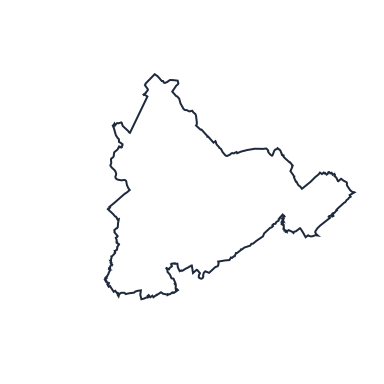 outline of Kota Tangerang, Banten, Indonesia, rotated 320°
{"feature_id": "22746128B7613374511026", "entity_name": "Kota Tangerang", "entity_type": "district", "adm_level": 2, "iso_a3": "IDN", "parent_name": "Indonesia", "parent_adm1": "Banten", "projection": "robinson", "projection_center": [106.652, -6.177], "detail": "fine", "context": "isolated", "style": "outline", "palette": "slate", "viewbox_px": 384, "rotation_deg": 320, "n_neighbors": 0, "source": "geoboundaries", "source_scale": "gbopen_adm2", "svg_char_len": 6028}
<svg xmlns="http://www.w3.org/2000/svg" viewBox="0 0 384 384"><g transform="rotate(320 192 192)"><path d="M239.1,77.8L226.1,79.1L225.8,79.5L224.6,79.9L224.2,85.0L223.3,85.7L220.8,86.1L220.6,86.4L217.5,86.2L217.5,86.8L218.3,87.1L219.2,90.2L182.5,106.8L182.2,106.3L182.3,104.2L181.4,96.8L182.6,93.9L182.5,93.2L180.0,92.2L178.7,91.0L176.0,91.5L176.4,90.8L176.1,90.7L176.4,89.8L175.2,90.3L174.0,90.2L173.2,92.9L170.2,99.5L169.8,102.6L169.9,104.6L168.3,106.7L169.2,109.3L169.1,109.9L169.5,110.7L169.3,111.0L168.4,111.8L167.5,111.9L167.2,112.3L166.9,111.9L166.5,112.2L166.3,111.7L165.6,111.6L165.4,110.3L162.2,111.6L157.9,111.6L154.7,114.5L153.5,114.7L151.9,114.5L151.0,114.8L148.7,118.0L146.5,119.2L146.2,121.4L146.7,125.5L146.5,127.3L145.6,129.3L144.7,130.2L143.1,131.0L142.4,132.4L142.6,133.8L143.3,135.1L145.5,137.8L147.6,139.0L148.5,140.1L148.6,141.3L146.6,144.9L146.2,146.3L145.7,148.0L145.6,150.4L142.2,150.5L141.5,150.4L139.8,150.3L139.6,150.1L126.4,150.4L119.2,150.3L119.2,151.2L117.8,151.4L117.2,150.8L116.5,151.0L117.4,158.1L117.4,161.4L117.9,162.1L117.9,162.6L117.7,163.0L117.8,165.0L117.3,164.9L117.2,165.7L118.3,165.9L114.9,168.7L112.7,171.1L111.4,171.6L110.8,171.2L107.9,171.3L107.4,172.5L106.8,172.8L106.7,173.6L106.7,178.0L105.8,178.3L104.2,178.1L103.4,180.5L102.2,181.6L102.4,182.3L101.7,182.5L101.9,183.7L102.5,184.8L102.4,185.3L99.4,186.0L99.0,186.8L98.5,186.9L97.5,188.0L96.2,187.7L95.5,187.9L94.9,187.5L94.4,188.8L93.6,188.9L93.5,189.4L89.5,189.8L88.8,189.5L88.1,190.7L86.9,191.3L86.0,192.4L85.6,192.7L85.2,192.3L84.9,194.2L84.1,194.1L84.2,196.4L83.7,196.6L83.6,196.0L82.7,195.9L81.3,196.6L80.2,197.9L79.7,197.7L79.7,197.0L79.4,197.0L78.8,197.6L79.3,199.1L78.8,198.9L78.3,199.6L76.5,200.2L75.3,201.1L73.1,201.7L72.8,202.1L71.7,202.4L71.2,203.2L70.8,203.2L70.7,202.0L70.3,202.1L69.6,202.7L69.3,204.1L68.8,203.7L68.7,204.5L69.1,205.1L68.5,205.6L68.5,206.1L69.2,207.0L68.7,207.6L69.7,208.4L69.1,208.8L68.9,208.4L67.8,208.4L67.5,209.7L67.3,211.1L68.7,211.3L67.9,218.1L69.7,218.3L69.5,221.1L70.3,221.5L70.4,222.1L69.7,222.9L68.9,223.1L68.7,224.7L70.1,223.7L72.3,223.5L73.3,223.9L75.5,225.9L75.6,227.6L78.1,228.8L83.0,231.9L84.6,231.8L87.1,232.9L89.6,234.5L86.4,237.4L84.3,241.6L86.7,242.8L90.5,243.8L90.4,244.4L91.4,244.5L91.5,243.1L92.5,243.1L92.4,245.8L95.0,246.0L94.8,247.8L98.4,248.0L98.7,248.0L98.7,248.3L103.8,248.9L104.4,251.3L106.9,254.4L107.4,254.5L107.0,255.2L108.8,255.6L109.4,256.1L112.4,256.3L112.5,257.1L113.5,257.2L113.6,257.7L118.1,258.1L118.0,256.6L116.8,256.5L117.7,255.0L119.5,253.3L119.7,251.6L120.3,252.0L120.6,251.5L122.1,246.4L120.8,244.9L122.0,241.1L121.9,237.4L123.1,236.0L123.3,233.9L123.7,233.9L124.0,235.3L124.9,236.4L125.5,235.9L128.6,236.0L128.9,235.4L129.1,235.5L129.6,233.8L130.3,233.8L132.8,235.4L132.5,235.8L134.7,237.5L132.7,240.7L131.7,244.8L133.5,245.3L133.6,245.9L134.2,246.2L138.0,246.7L141.1,247.5L141.9,247.4L143.8,248.2L144.1,247.9L144.6,248.2L140.7,254.7L145.5,254.6L145.9,255.2L145.9,259.3L143.7,260.2L142.3,261.8L142.6,263.1L143.2,264.2L143.8,264.6L144.9,264.7L146.3,264.1L146.8,263.1L149.1,261.5L151.2,261.3L153.1,264.9L161.7,264.5L163.9,265.4L165.4,264.8L165.7,264.2L166.7,263.6L167.3,262.1L173.7,265.9L176.9,268.2L179.8,267.2L180.3,268.2L182.6,268.1L183.4,268.7L186.5,267.0L187.2,267.7L192.7,267.9L192.8,267.6L193.5,268.1L196.4,268.2L202.1,270.5L204.2,269.9L205.6,270.8L209.8,270.8L217.9,271.6L220.6,270.1L228.9,269.7L230.3,270.3L232.1,270.2L232.2,269.1L234.0,269.0L235.5,270.0L237.3,269.2L240.0,269.6L241.0,268.5L241.8,268.8L242.3,268.2L246.9,267.6L246.7,268.8L247.1,269.0L247.9,268.7L247.2,269.3L247.1,270.2L245.9,269.9L245.5,270.9L244.0,270.2L244.1,270.9L244.6,271.5L244.4,271.7L243.7,271.6L243.3,273.2L243.1,272.7L242.7,272.8L242.2,273.5L242.3,272.2L241.1,272.7L240.8,273.6L240.0,274.1L240.2,275.0L240.7,275.0L240.9,275.4L241.0,275.6L240.7,275.7L240.9,276.5L240.2,277.1L239.9,277.9L238.4,278.9L238.8,279.4L238.1,280.7L238.5,280.8L239.1,281.8L238.4,281.9L238.1,282.7L238.7,283.0L238.9,283.7L239.4,283.2L241.6,283.4L243.2,287.0L243.4,288.6L244.6,288.1L246.5,288.9L251.4,289.1L251.6,289.4L251.1,293.7L250.0,299.7L253.1,299.8L253.4,300.9L254.6,302.5L256.1,303.5L258.8,304.4L260.4,306.2L260.1,304.3L260.5,302.0L261.3,301.4L264.7,300.4L268.5,300.1L281.1,300.5L280.8,298.8L281.6,298.6L283.1,299.2L283.8,301.0L284.9,301.3L285.2,300.8L285.1,299.0L285.7,298.8L286.4,298.9L286.4,299.4L288.6,299.4L290.0,299.1L291.2,299.2L291.3,298.5L293.6,298.3L301.5,298.0L302.9,298.3L305.3,297.6L307.4,297.7L308.5,297.3L310.5,297.6L310.8,295.7L316.2,296.7L315.9,296.1L315.0,295.5L314.3,292.5L314.9,286.9L315.4,285.8L316.4,284.9L316.7,283.9L315.4,280.8L314.7,277.7L311.0,277.8L310.8,277.5L311.8,273.7L311.4,271.5L312.5,270.9L312.7,269.6L310.8,269.2L311.3,267.0L309.9,266.6L309.9,264.9L309.3,264.5L307.7,265.3L306.3,265.2L306.2,263.0L305.4,262.9L305.4,261.8L303.1,261.8L302.5,259.4L300.2,259.9L296.0,259.8L289.5,260.4L278.3,260.2L278.4,257.3L277.9,255.5L278.0,254.2L278.7,251.2L278.2,250.9L279.5,246.4L280.3,245.9L280.1,245.6L280.5,243.9L280.8,239.3L285.2,237.1L285.4,236.4L286.1,236.4L286.2,232.3L285.8,232.1L284.9,225.5L284.8,224.2L285.6,223.0L285.0,222.6L285.3,221.9L284.7,221.4L285.5,220.0L285.4,219.8L286.4,216.8L285.7,213.4L284.5,213.7L283.2,213.0L281.5,213.3L277.6,215.5L276.6,215.6L276.1,213.8L276.0,211.3L276.3,209.9L276.7,209.7L277.1,208.5L276.8,206.4L274.2,204.7L268.0,199.3L261.4,195.4L255.6,192.6L251.5,191.3L251.8,190.0L248.7,189.2L247.9,188.1L247.0,187.7L245.1,187.8L241.9,186.9L241.1,185.5L241.1,181.1L241.9,177.6L241.3,175.6L241.6,174.6L241.4,172.9L241.6,170.5L242.3,169.4L242.6,168.1L240.2,168.0L240.0,159.9L239.3,159.6L239.7,158.4L239.4,150.3L238.8,150.0L238.6,149.5L237.8,143.7L239.2,143.2L240.5,141.7L244.2,136.0L244.7,134.3L244.2,132.0L244.4,129.9L241.8,128.6L240.6,125.9L239.3,124.7L238.9,123.0L240.1,116.8L242.2,112.3L242.1,109.4L241.5,108.2L241.4,102.4L248.0,100.5L250.7,100.4L251.4,99.9L252.6,97.5L249.5,94.2L247.3,92.2L246.0,91.9L243.7,91.8L241.3,91.0L240.7,90.0L241.2,88.5L240.2,87.5L240.1,81.4L239.1,77.8Z" fill="none" stroke="#1e293b" stroke-width="2"/></g></svg>